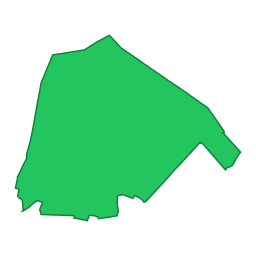 Berveni, Satu Mare, Romania (Mercator projection)
{"feature_id": "2599482B34998434361639", "entity_name": "Berveni", "entity_type": "district", "adm_level": 2, "iso_a3": "ROU", "parent_name": "Romania", "parent_adm1": "Satu Mare", "projection": "mercator", "projection_center": [22.481, 47.774], "detail": "fine", "context": "isolated", "style": "filled", "palette": "green", "viewbox_px": 256, "rotation_deg": 0, "n_neighbors": 0, "source": "geoboundaries", "source_scale": "gbopen_adm2", "svg_char_len": 3104}
<svg xmlns="http://www.w3.org/2000/svg" viewBox="0 0 256 256"><path d="M225.5,169.9L226.8,168.1L227.0,167.8L228.5,167.3L229.4,166.9L231.0,166.3L232.1,165.6L233.0,164.4L236.9,157.4L238.7,154.7L239.5,153.6L240.6,152.2L238.2,149.5L234.9,145.9L231.7,142.4L228.4,138.8L226.6,136.8L224.3,134.3L223.1,133.0L224.1,133.0L224.1,131.4L221.6,127.8L219.1,124.0L216.5,120.3L214.9,118.0L213.1,115.4L210.4,111.6L207.9,108.0L204.5,105.5L200.8,103.0L197.5,100.6L193.7,98.0L189.2,94.9L186.7,92.9L184.1,91.2L181.9,89.7L181.3,89.3L179.0,87.7L175.4,85.3L174.0,84.4L171.7,82.8L167.9,80.3L164.2,77.7L159.8,74.7L156.1,72.1L152.3,69.5L148.4,66.8L144.2,64.0L139.6,60.7L137.8,59.3L135.8,58.0L134.4,57.0L131.3,55.0L128.6,53.0L124.9,50.5L121.1,48.0L117.7,44.3L115.5,41.8L112.5,38.6L109.4,35.3L106.0,37.0L102.9,38.8L100.0,40.2L97.7,41.5L96.9,42.0L93.9,43.9L90.9,45.8L87.9,47.7L85.1,49.5L84.9,49.9L82.1,50.3L78.8,50.9L74.4,51.5L71.4,51.9L68.2,52.5L63.5,53.2L61.6,53.6L57.3,54.2L52.7,54.9L51.2,58.7L49.7,62.2L47.8,66.6L46.2,70.5L44.4,74.9L42.7,79.1L41.0,83.2L40.8,84.4L40.6,85.9L40.0,89.4L39.1,93.8L38.6,96.4L38.3,98.7L37.8,100.7L37.5,102.7L36.7,107.0L35.9,111.6L35.1,116.1L34.3,120.4L33.6,124.8L32.7,129.4L32.3,131.3L31.9,133.9L31.1,136.9L31.1,137.7L30.9,138.2L30.4,140.9L29.4,144.4L28.7,146.8L27.8,150.2L26.8,153.4L26.8,155.6L26.8,156.6L26.7,158.2L25.1,161.3L23.6,164.3L22.3,167.0L21.0,169.8L19.2,173.6L17.4,177.0L17.5,178.2L17.5,178.6L16.8,181.5L16.1,185.1L15.7,186.9L15.4,188.1L17.3,188.6L18.5,189.1L19.0,189.3L18.6,191.3L17.9,194.8L17.6,196.0L19.1,198.0L21.1,199.0L22.2,200.3L22.4,200.9L22.6,202.5L22.8,205.2L22.9,206.8L22.9,207.3L23.1,209.7L23.0,210.6L22.6,211.0L23.1,210.9L23.5,210.8L24.3,210.3L27.1,208.4L28.4,207.6L29.1,207.1L29.5,206.8L30.6,205.8L30.8,205.5L31.2,205.1L31.7,204.7L32.8,203.7L33.3,203.4L33.7,203.1L33.8,203.1L35.0,202.2L36.0,201.4L36.9,200.7L37.0,200.6L38.6,201.1L42.6,202.2L41.1,206.0L39.6,209.8L40.2,210.9L41.1,214.5L42.7,214.6L44.4,214.6L51.8,214.9L58.7,215.1L62.6,215.2L73.4,215.6L74.1,215.7L74.2,218.3L76.0,218.3L80.9,219.3L82.8,219.7L85.1,220.2L87.4,220.7L87.6,219.7L88.3,218.1L88.7,217.0L89.3,215.2L89.6,215.1L91.3,215.3L93.0,215.7L93.7,215.8L94.3,215.8L94.7,215.8L95.0,215.6L95.5,216.0L96.0,216.5L96.3,216.7L97.3,216.6L98.0,216.5L98.1,217.1L98.6,218.7L103.0,218.0L110.1,217.1L110.1,216.9L114.0,216.3L116.2,216.0L116.6,215.9L117.0,215.8L117.0,215.7L117.2,215.1L118.2,211.6L118.2,211.3L117.8,207.1L117.3,207.1L117.3,201.4L117.4,198.4L117.6,195.5L120.5,195.1L122.9,194.7L130.4,197.4L133.2,198.3L133.6,197.4L133.7,197.1L134.3,195.6L136.0,196.2L138.0,197.1L140.0,198.1L140.3,198.4L142.3,200.0L143.1,200.8L143.7,201.7L144.0,202.2L145.1,201.9L145.6,201.5L146.8,200.4L149.0,198.1L152.5,194.3L156.8,189.6L157.3,189.1L158.0,188.3L162.2,183.8L167.3,178.2L171.6,173.3L176.5,167.8L180.6,163.6L184.1,159.8L188.4,155.1L192.8,150.4L194.2,148.8L198.7,143.9L198.9,143.6L199.5,143.0L200.1,142.3L200.4,142.6L200.4,142.9L200.5,143.1L201.8,143.0L202.0,143.0L202.5,143.5L203.1,144.1L204.1,145.3L205.1,146.5L208.3,150.1L211.5,153.8L214.6,157.3L218.5,161.9L225.5,169.9Z" fill="#22c55e" stroke="#15803d" stroke-width="1.5"/></svg>